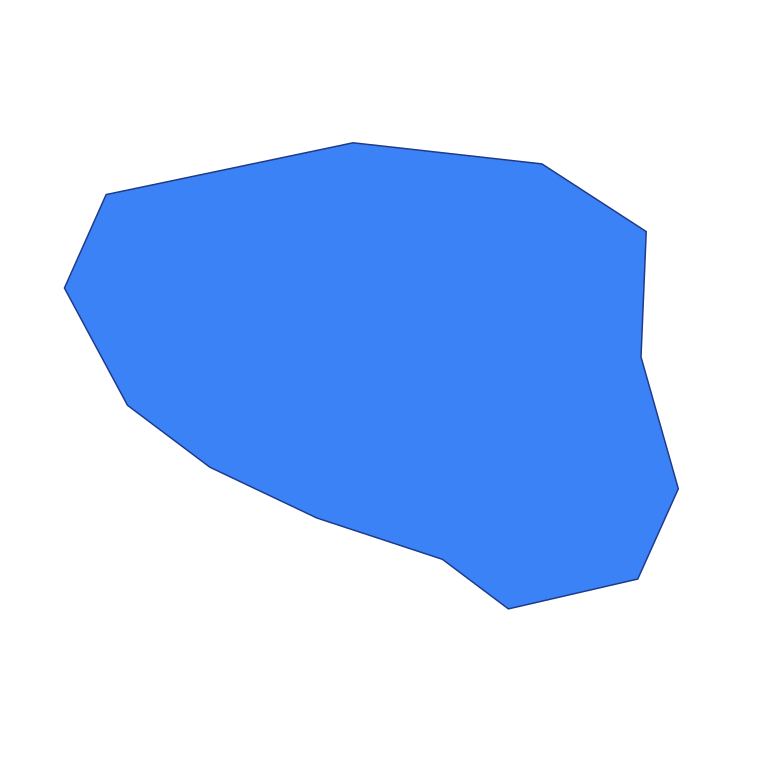 the City of Almaty City, rotated 257°
{"feature_id": "KAZ-4829", "entity_name": "Almaty City", "entity_type": "City", "adm_level": 1, "iso_a3": "KAZ", "parent_name": "Kazakhstan", "parent_adm1": "", "projection": "natural_earth1", "projection_center": [76.924, 43.297], "detail": "fine", "context": "isolated", "style": "filled", "palette": "blue", "viewbox_px": 768, "rotation_deg": 257, "n_neighbors": 0, "source": "natural_earth", "source_scale": "10m", "svg_char_len": 337}
<svg xmlns="http://www.w3.org/2000/svg" viewBox="0 0 768 768"><g transform="rotate(257 384 384)"><path d="M549.4,94.2L631.1,155.9L626.0,408.1L562.9,587.4L473.5,673.8L352.5,640.5L215.7,647.2L136.9,587.4L136.9,454.6L200.0,401.5L268.4,288.6L342.0,195.7L420.9,129.3L549.4,94.2Z" fill="#3b82f6" stroke="#1e3a8a" stroke-width="1.5"/></g></svg>